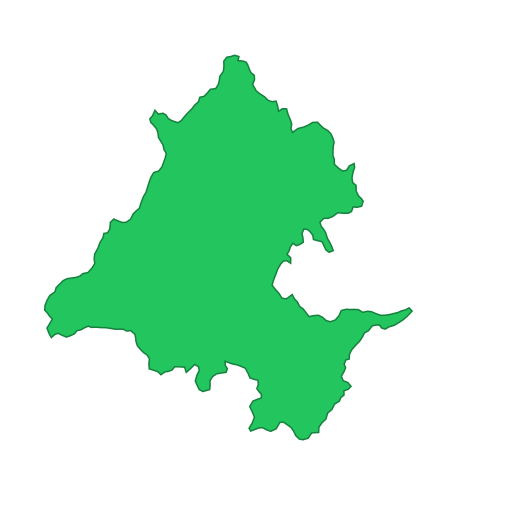 outline of Cataguases, Minas Gerais, Brazil, rotated 28°
{"feature_id": "56859067B63513924392946", "entity_name": "Cataguases", "entity_type": "district", "adm_level": 2, "iso_a3": "BRA", "parent_name": "Brazil", "parent_adm1": "Minas Gerais", "projection": "natural_earth1", "projection_center": [-42.658, -21.332], "detail": "fine", "context": "isolated", "style": "filled", "palette": "green", "viewbox_px": 512, "rotation_deg": 28, "n_neighbors": 0, "source": "geoboundaries", "source_scale": "gbopen_adm2", "svg_char_len": 4526}
<svg xmlns="http://www.w3.org/2000/svg" viewBox="0 0 512 512"><g transform="rotate(28 256 256)"><path d="M299.2,128.3L296.1,132.6L295.7,137.9L292.5,140.3L287.7,139.7L282.3,138.3L279.5,133.6L276.8,131.2L274.6,127.0L272.6,122.7L271.6,118.9L268.7,116.0L264.7,112.9L260.6,111.5L255.6,111.4L252.3,110.6L247.5,109.0L243.3,111.5L240.6,116.0L237.3,120.1L233.2,123.7L230.3,129.7L227.1,127.2L225.6,122.8L222.6,119.7L219.3,117.2L216.6,114.7L213.9,111.7L210.2,113.5L208.0,117.6L204.9,113.7L201.0,109.8L197.8,112.2L193.7,112.9L188.7,111.4L182.8,110.9L178.5,110.0L175.5,108.0L172.6,106.3L171.9,101.0L169.7,97.3L165.5,96.5L162.4,94.2L159.3,91.4L156.4,89.5L152.5,90.1L148.4,92.0L147.3,87.9L142.9,88.8L140.2,91.6L136.9,94.2L136.1,99.1L138.7,103.7L140.5,108.2L139.7,114.1L141.2,118.4L142.2,121.9L141.8,127.1L137.4,130.3L136.4,135.4L135.2,139.4L131.9,142.2L132.8,146.9L131.2,151.0L130.2,156.4L128.3,162.7L127.3,167.0L126.5,171.3L124.7,174.8L121.1,175.6L117.5,176.0L114.0,175.8L110.5,173.8L106.8,173.6L103.2,176.6L98.4,174.8L98.8,180.9L97.9,184.8L100.5,187.5L104.0,188.5L108.8,190.6L111.6,193.3L114.4,197.3L118.6,199.7L121.9,201.7L124.7,205.1L128.7,207.7L129.8,212.1L130.4,216.0L131.1,221.5L130.2,226.7L126.5,230.3L126.3,236.1L127.2,242.1L128.3,247.9L129.0,251.6L128.7,255.7L129.4,262.3L130.6,268.8L129.0,272.6L127.8,276.4L128.0,282.5L125.4,287.3L122.1,289.2L118.4,289.7L113.1,290.1L111.6,294.6L114.3,301.0L114.0,305.3L111.1,307.5L112.3,311.7L111.9,317.2L112.7,322.9L112.7,330.1L114.4,334.4L117.2,338.4L116.8,344.0L115.3,349.6L111.5,352.7L110.0,356.3L107.6,359.0L103.7,361.9L100.1,364.5L97.3,368.2L95.9,372.9L94.4,377.6L95.3,382.2L92.5,387.5L92.3,393.0L92.9,398.6L94.9,403.0L98.5,404.2L101.7,405.9L105.8,407.3L105.6,411.5L105.3,417.8L110.1,421.9L113.6,424.1L115.1,420.0L117.4,417.2L122.3,417.0L126.7,416.6L129.7,413.3L132.2,410.0L133.0,405.9L136.1,403.3L138.2,400.0L140.8,396.7L144.2,396.3L147.9,394.1L152.8,392.0L157.3,389.7L161.3,388.3L165.9,386.8L169.6,384.8L173.0,383.0L177.0,383.0L180.4,380.7L185.9,382.0L188.3,385.0L190.4,388.1L193.5,391.0L198.0,392.8L201.8,394.0L206.1,394.5L210.1,396.7L212.1,401.6L214.7,405.8L218.7,405.0L223.6,404.2L227.8,405.5L229.9,401.2L232.8,399.0L235.4,396.1L236.3,391.9L241.3,389.4L245.2,387.7L249.0,391.5L250.8,386.9L252.8,380.5L257.5,380.9L259.7,384.0L259.7,388.3L261.1,394.9L264.7,397.7L268.5,400.6L272.7,400.6L277.8,395.7L276.1,391.5L274.0,387.9L274.2,383.0L276.6,378.5L280.3,375.6L284.2,372.8L283.6,368.9L280.2,367.0L278.2,363.4L282.8,362.9L287.1,362.1L290.2,361.0L294.6,360.5L299.2,360.1L304.3,363.5L307.9,366.5L312.8,365.7L315.9,364.7L318.3,368.1L319.0,372.7L322.0,374.2L325.4,375.4L327.4,378.8L324.7,381.6L321.4,385.6L321.2,392.0L326.1,395.5L330.4,399.2L331.1,405.7L330.7,411.3L333.5,413.1L336.9,409.2L339.4,406.3L342.5,404.5L346.9,404.5L351.3,403.9L354.9,399.2L355.2,391.8L358.1,389.8L362.7,390.3L367.6,391.0L371.5,393.0L375.4,395.9L380.0,397.3L383.6,396.3L387.5,392.6L388.3,386.0L394.2,382.4L391.9,377.6L392.6,372.1L394.3,367.2L393.0,361.0L395.1,355.8L394.9,350.0L397.8,344.9L397.3,341.2L399.0,337.5L396.9,333.8L400.0,330.3L401.1,326.5L396.5,324.6L391.6,325.2L387.8,322.1L388.0,317.0L387.6,312.6L384.7,310.3L384.1,305.7L386.7,303.2L384.7,299.0L384.5,294.3L385.7,288.7L387.6,282.1L388.0,277.0L387.8,273.1L390.4,269.2L391.5,263.1L394.2,260.7L397.4,259.0L400.7,260.6L404.4,259.9L406.8,256.0L410.7,252.2L413.4,247.7L415.8,243.3L417.8,238.2L419.7,231.4L415.6,229.9L413.2,233.4L410.3,236.1L407.6,239.5L404.7,242.0L401.3,245.1L397.4,247.9L394.0,249.8L389.0,250.6L384.1,251.0L380.6,252.3L376.7,255.6L371.6,255.3L367.5,257.2L364.4,259.0L360.6,260.7L356.9,264.1L357.3,269.7L356.1,275.2L352.6,279.1L348.3,280.1L343.7,278.9L339.0,279.0L334.9,281.6L331.3,284.6L326.6,282.5L322.3,280.5L318.3,280.1L314.4,277.3L310.1,275.8L306.1,273.0L303.0,279.5L298.7,281.1L294.4,278.5L288.9,276.4L284.0,274.3L282.8,269.3L282.1,262.7L281.3,257.2L281.6,251.4L282.7,247.3L285.8,245.7L290.0,246.1L287.5,241.3L282.6,239.9L282.8,235.7L282.1,232.0L282.5,227.5L286.8,227.9L289.3,225.2L291.3,221.7L289.2,218.3L286.1,214.5L285.6,209.6L289.2,208.4L293.0,209.4L296.5,211.1L299.0,214.5L303.3,213.5L307.7,212.4L311.4,215.2L314.9,217.8L318.7,218.4L321.7,215.0L318.4,212.1L315.1,209.6L310.8,206.9L306.3,202.5L303.0,200.6L299.6,199.2L296.6,196.1L298.3,190.8L302.0,188.9L305.3,185.0L307.8,179.5L313.9,176.8L317.5,174.8L319.4,171.9L318.8,167.0L322.3,165.6L325.9,162.5L324.9,157.3L322.0,155.8L318.5,154.9L314.1,151.8L311.1,146.6L307.1,145.9L304.2,142.2L302.3,136.5L301.6,131.7L299.2,128.3Z" fill="#22c55e" stroke="#15803d" stroke-width="1.5"/></g></svg>